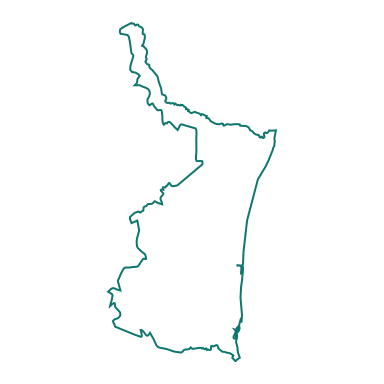 outline of Tamaulipas
{"feature_id": "MEX-2716", "entity_name": "Tamaulipas", "entity_type": "State", "adm_level": 1, "iso_a3": "MEX", "parent_name": "Mexico", "parent_adm1": "", "projection": "mercator", "projection_center": [-98.976, 24.945], "detail": "fine", "context": "isolated", "style": "outline", "palette": "teal", "viewbox_px": 384, "rotation_deg": 0, "n_neighbors": 0, "source": "natural_earth", "source_scale": "10m", "svg_char_len": 6029}
<svg xmlns="http://www.w3.org/2000/svg" viewBox="0 0 384 384"><path d="M131.4,23.0L132.0,23.7L134.0,23.7L135.1,25.4L135.8,25.4L136.9,24.7L137.6,24.5L138.2,24.8L138.9,26.0L139.2,26.3L141.3,27.2L142.4,28.2L142.9,29.1L142.7,33.8L143.0,34.1L143.9,34.2L144.4,34.4L144.8,35.8L144.8,38.5L144.1,40.7L143.9,41.9L143.4,44.0L142.4,45.1L142.1,45.8L144.0,46.6L144.4,47.5L145.2,48.0L146.0,48.9L146.6,50.0L147.0,51.1L147.1,52.3L146.9,53.5L146.0,56.3L145.9,57.5L146.5,58.6L146.7,59.2L146.5,59.8L145.4,61.8L146.6,63.6L147.5,64.3L148.9,64.6L149.3,65.1L149.4,65.8L149.4,67.1L149.7,67.8L152.4,70.2L157.4,76.3L158.9,82.1L161.2,88.7L161.7,92.9L162.1,94.3L163.4,94.9L164.9,95.3L165.6,96.1L166.2,97.9L166.3,98.7L165.2,101.0L165.4,101.7L166.5,102.7L167.6,102.9L169.8,102.8L170.4,103.5L170.8,103.6L172.1,103.2L173.4,103.2L173.9,103.5L174.4,104.5L175.3,103.6L177.4,105.2L178.6,104.9L179.2,105.3L179.7,105.4L180.2,105.3L180.6,104.9L181.2,105.3L182.0,104.9L182.5,104.9L183.7,106.2L185.6,107.4L186.2,108.2L186.0,109.2L187.5,109.2L188.1,109.5L188.7,110.0L188.0,110.9L188.1,111.2L189.0,111.4L190.2,112.5L190.8,112.9L191.5,113.1L194.9,111.8L196.5,112.7L198.2,113.1L199.8,113.8L201.0,115.2L201.9,114.1L203.4,114.6L205.2,115.6L206.8,116.1L206.3,117.3L206.3,118.0L207.0,118.2L208.5,118.2L210.7,121.2L215.0,123.5L217.1,124.1L219.1,124.2L221.7,123.5L222.9,123.8L223.3,125.3L223.9,125.6L225.1,125.2L226.8,124.2L227.6,124.2L230.8,124.7L234.4,124.2L238.7,124.2L239.8,124.5L239.9,125.5L240.6,125.7L245.5,126.0L246.6,126.3L247.7,126.8L248.7,127.6L250.3,130.3L252.0,131.0L254.5,133.7L256.4,134.7L258.5,134.9L258.9,135.4L259.2,136.4L259.8,137.3L261.0,137.5L261.3,137.3L261.4,136.6L261.8,136.6L262.2,136.9L262.6,137.8L263.2,138.0L264.3,137.4L264.3,136.2L263.8,133.7L264.0,133.3L265.3,132.4L266.2,133.1L267.6,132.7L268.6,131.7L268.8,130.7L269.5,130.5L272.2,130.7L275.9,130.3L274.3,138.9L274.9,141.4L274.5,142.6L274.4,145.5L273.3,147.8L272.6,150.3L269.0,159.4L265.8,166.2L257.9,179.3L247.1,220.4L243.5,251.7L243.0,264.1L242.5,265.2L241.5,265.6L237.5,265.2L237.5,265.6L240.3,265.7L241.1,266.4L241.4,268.0L241.0,273.6L241.4,273.6L241.8,271.9L242.0,267.9L242.5,266.0L243.1,268.2L242.0,280.7L241.1,286.5L240.5,297.6L242.0,315.2L241.4,322.7L241.4,318.2L240.8,318.8L239.1,325.2L238.6,326.1L236.8,328.0L236.6,328.5L236.6,329.3L236.3,329.7L236.0,329.8L234.5,329.4L235.5,330.6L235.7,331.9L233.7,336.3L233.5,337.2L233.7,338.1L234.2,338.6L234.8,338.6L235.5,338.3L236.0,337.7L235.8,335.2L236.0,334.3L236.5,333.6L236.8,333.6L237.1,335.2L237.1,336.9L236.0,341.8L237.6,348.0L237.5,349.8L238.3,353.6L239.8,357.7L237.8,359.1L236.8,359.7L236.4,360.3L235.9,360.9L235.2,361.0L233.6,359.1L232.4,358.1L232.4,357.2L233.4,355.6L232.7,354.9L229.6,353.1L227.3,352.8L224.5,351.9L222.3,351.7L219.5,349.4L218.4,348.3L217.5,345.6L216.4,345.1L215.7,345.3L214.6,346.0L213.5,346.4L213.2,346.5L212.1,345.9L211.3,346.0L211.0,347.1L211.0,348.6L210.8,349.6L210.1,350.0L209.4,350.0L208.0,349.5L207.1,350.0L206.3,348.4L205.7,348.5L204.9,349.3L204.4,349.1L202.9,348.0L202.1,348.6L201.3,347.9L198.7,347.9L192.9,348.9L191.7,348.3L190.7,347.4L189.7,348.8L188.0,349.3L184.5,349.7L183.7,350.2L181.9,352.3L180.8,352.5L174.8,351.7L173.0,351.2L168.8,349.7L165.6,348.8L159.7,347.7L158.5,347.3L157.4,346.4L156.4,345.3L153.6,339.1L151.7,335.8L150.0,332.8L148.7,334.7L147.9,335.5L147.1,335.7L146.1,335.1L143.3,331.4L142.8,331.0L141.6,330.1L141.1,329.9L140.6,330.0L141.6,333.8L141.7,334.7L141.7,336.3L141.2,336.8L140.2,336.6L134.5,334.6L115.2,326.7L114.9,326.2L114.5,324.4L112.9,321.5L113.1,320.8L113.8,320.0L115.1,319.2L117.7,318.3L118.9,317.4L119.9,316.1L120.4,314.4L120.0,312.4L118.7,310.7L115.8,307.8L115.2,306.7L114.8,303.4L113.9,303.1L112.5,304.0L110.1,306.1L110.5,304.2L111.6,300.6L112.6,295.3L112.1,294.3L110.8,293.3L108.1,291.7L111.1,288.9L112.8,288.1L114.6,288.4L117.4,289.7L120.4,290.5L117.9,281.2L118.2,279.9L118.9,278.6L120.8,273.9L123.4,269.0L124.1,268.1L125.2,267.6L126.5,267.5L129.7,267.5L132.9,267.0L136.1,266.8L137.7,266.5L138.6,265.5L143.1,258.9L143.7,258.7L145.4,259.0L146.0,258.9L146.1,258.3L145.3,254.8L144.6,253.9L141.6,251.6L138.0,248.2L137.1,246.6L136.7,243.7L136.7,240.7L137.0,238.6L139.0,231.0L139.1,229.9L137.3,220.6L131.5,223.1L130.3,220.0L129.9,218.3L129.9,217.1L133.9,213.5L134.8,212.8L138.4,211.6L138.8,211.6L139.7,212.4L140.1,212.5L140.6,212.4L141.8,211.3L142.9,210.9L143.3,210.6L143.4,209.9L143.5,208.0L143.8,207.3L144.5,206.6L146.0,206.2L146.5,205.9L147.1,204.9L148.0,204.1L151.2,203.9L152.5,203.5L153.0,203.1L154.3,201.5L154.8,201.2L157.7,202.9L162.1,204.3L161.7,202.1L160.6,199.4L160.5,198.0L161.2,196.7L163.1,194.5L163.3,193.8L163.1,193.1L160.9,190.7L160.8,190.0L161.5,189.6L162.5,189.5L163.3,189.7L162.9,187.7L163.2,187.2L165.4,187.4L166.3,185.8L167.2,185.6L168.7,183.2L169.4,183.0L171.2,185.5L172.4,186.1L173.8,186.1L176.6,185.6L177.7,185.1L199.9,166.4L201.8,165.0L202.5,164.1L202.4,161.9L202.3,161.3L201.8,161.1L201.0,161.0L197.2,161.1L196.4,160.8L196.0,159.2L196.0,156.5L196.4,151.8L196.3,139.0L196.5,133.3L196.3,130.0L195.6,128.4L186.3,125.8L183.6,124.9L182.0,124.4L180.9,124.5L180.0,125.4L177.6,130.0L174.7,127.2L170.2,122.4L169.3,121.9L168.1,122.1L167.6,122.3L166.9,123.4L166.4,123.4L165.6,123.1L165.2,123.2L163.9,124.7L162.8,123.0L162.4,119.4L162.3,115.5L162.0,112.6L161.6,110.7L161.2,110.1L160.4,110.0L158.7,110.2L157.8,110.2L157.0,109.8L154.0,105.9L152.7,103.5L151.9,103.6L150.6,104.6L149.3,105.3L148.4,104.2L147.8,103.2L147.5,102.3L147.5,101.2L147.6,99.1L147.8,98.6L148.5,97.7L149.3,96.1L149.8,94.4L149.8,92.5L149.4,90.7L148.1,89.1L146.3,88.0L142.4,86.5L140.0,85.3L139.3,85.2L134.7,85.3L136.6,83.3L137.1,82.3L137.4,79.3L138.1,78.0L139.7,75.8L139.2,75.6L138.5,74.3L136.6,73.3L135.9,72.7L133.8,72.4L132.6,71.9L132.0,72.0L130.2,69.7L130.4,65.9L133.1,56.9L133.4,55.7L133.0,54.8L131.8,53.7L131.4,52.8L129.8,41.2L128.9,37.0L127.6,35.0L120.6,33.8L120.2,33.1L119.9,31.7L120.0,30.1L120.2,29.3L122.8,27.5L125.6,25.9L131.4,23.0ZM237.9,330.5L238.9,328.0L239.4,327.2L239.6,328.4L239.0,330.3L237.8,332.1L236.3,332.7L236.7,332.0L237.9,330.5Z" fill="none" stroke="#0f766e" stroke-width="2"/></svg>